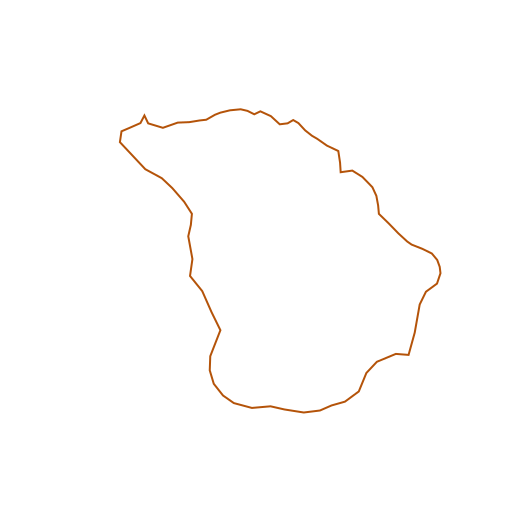 Afanteia-Orniti, Cyprus, rotated 305°
{"feature_id": "46923920B30360023901504", "entity_name": "Afanteia-Orniti", "entity_type": "district", "adm_level": 2, "iso_a3": "CYP", "parent_name": "Cyprus", "parent_adm1": "", "projection": "natural_earth1", "projection_center": [33.575, 35.154], "detail": "fine", "context": "isolated", "style": "outline", "palette": "amber", "viewbox_px": 512, "rotation_deg": 305, "n_neighbors": 0, "source": "geoboundaries", "source_scale": "gbopen_adm2", "svg_char_len": 1108}
<svg xmlns="http://www.w3.org/2000/svg" viewBox="0 0 512 512"><g transform="rotate(305 256 256)"><path d="M122.8,322.2L129.2,339.8L141.2,354.1L146.6,367.3L155.2,384.9L166.1,397.0L176.9,403.6L187.7,412.4L204.0,417.9L223.5,413.5L238.7,415.7L256.0,426.7L262.5,437.7L284.2,430.0L310.2,417.9L324.2,415.7L337.2,420.1L347.7,417.0L352.5,412.7L356.7,406.7L358.9,398.6L357.3,388.3L354.6,376.9L354.6,371.5L356.2,359.6L358.8,346.1L361.0,332.5L367.4,327.1L374.3,320.1L379.1,311.9L381.8,297.9L381.2,285.9L373.2,277.3L380.7,271.3L389.2,263.2L387.1,250.8L387.1,238.8L386.6,232.9L387.1,224.2L389.2,214.5L388.7,208.5L382.8,205.8L377.5,199.9L379.1,188.0L377.0,176.6L371.1,173.3L370.0,165.8L367.4,159.3L360.4,151.1L353.0,144.6L348.2,141.4L339.1,137.1L334.8,132.2L327.4,124.6L320.4,115.4L307.6,106.2L302.8,91.6L307.1,84.0L298.6,85.1L287.9,78.6L281.0,74.3L271.2,79.2L263.6,115.5L265.7,134.2L263.6,148.5L259.2,166.1L253.8,179.3L244.1,184.8L233.3,189.2L217.0,205.7L201.8,213.4L196.4,232.1L184.5,251.8L174.8,269.4L147.7,276.0L135.8,283.7L127.1,294.7L122.8,309.0L122.8,322.2Z" fill="none" stroke="#b45309" stroke-width="2"/></g></svg>